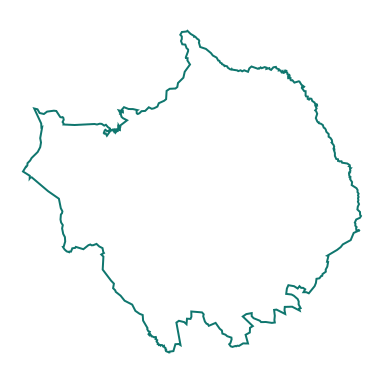 Pivijay, Magdalena, Colombia (Albers equal-area conic projection)
{"feature_id": "7082276B47489948463492", "entity_name": "Pivijay", "entity_type": "district", "adm_level": 2, "iso_a3": "COL", "parent_name": "Colombia", "parent_adm1": "Magdalena", "projection": "albers", "projection_center": [-74.384, 10.44], "detail": "fine", "context": "isolated", "style": "outline", "palette": "teal", "viewbox_px": 384, "rotation_deg": 0, "n_neighbors": 0, "source": "geoboundaries", "source_scale": "gbopen_adm2", "svg_char_len": 5947}
<svg xmlns="http://www.w3.org/2000/svg" viewBox="0 0 384 384"><path d="M169.3,353.2L169.6,351.6L173.4,351.1L175.4,344.2L178.7,344.0L180.5,345.1L176.4,322.6L178.9,320.8L184.2,322.1L186.5,324.2L187.0,318.7L190.5,318.9L191.4,316.8L191.3,311.5L202.0,312.4L203.7,314.3L203.2,316.2L204.9,321.6L206.6,323.8L207.7,324.0L208.8,325.8L215.6,322.9L219.7,328.7L221.9,330.5L222.4,333.6L225.5,334.7L227.2,336.2L231.4,337.6L231.6,339.3L230.5,342.9L229.2,344.2L230.7,346.3L232.5,346.9L235.4,346.0L236.1,346.3L237.3,345.7L239.0,345.9L243.1,343.4L248.0,343.5L245.6,334.8L249.8,332.5L250.0,327.8L252.8,326.1L242.8,316.5L246.3,314.1L251.7,313.1L251.7,316.2L253.6,318.2L259.8,320.7L261.1,322.1L265.9,322.0L271.9,322.9L274.8,322.5L274.4,320.0L274.8,315.8L274.1,309.9L276.5,309.6L285.2,314.0L284.5,310.0L284.8,306.9L292.1,306.7L299.7,310.6L299.1,308.6L300.6,308.1L298.6,304.4L298.7,301.5L297.7,299.1L293.8,295.7L291.5,294.5L286.2,293.9L286.9,288.5L288.4,285.2L294.1,286.2L297.7,288.5L299.5,286.2L301.2,287.9L303.1,287.9L305.2,289.3L303.5,292.2L306.3,292.2L308.8,293.3L314.6,286.2L315.9,283.0L316.5,278.8L319.4,278.3L321.2,276.0L322.2,275.8L322.5,274.1L325.8,271.7L325.7,269.6L327.3,266.6L328.1,262.0L327.0,261.8L328.4,256.1L327.3,255.7L337.1,249.9L340.7,247.1L342.8,244.4L350.7,240.1L353.7,232.9L358.9,230.6L359.8,231.0L358.7,230.0L357.4,230.4L356.3,230.0L356.1,227.9L356.6,227.1L355.3,225.7L355.4,223.5L354.8,222.7L356.2,219.5L359.9,217.8L361.0,216.0L360.1,214.9L360.0,212.0L357.4,209.5L357.8,206.6L359.0,204.1L357.9,201.7L358.4,200.2L358.0,198.1L358.6,197.0L358.0,195.4L358.6,193.7L357.5,192.1L357.6,190.1L356.5,188.2L351.7,185.1L352.1,182.1L350.2,179.3L350.4,178.1L349.7,177.5L350.3,176.8L349.3,175.9L349.0,173.1L349.9,172.6L349.5,172.0L350.4,170.9L350.0,169.1L350.8,168.2L350.1,168.1L349.8,166.6L349.3,166.4L349.9,166.0L349.7,165.1L347.3,163.5L342.1,162.7L341.5,161.3L339.3,161.4L338.6,160.7L338.1,160.8L338.0,159.3L336.3,159.0L334.9,155.9L334.9,153.0L333.9,150.1L334.4,149.8L334.2,148.7L333.6,148.5L334.2,146.7L333.6,145.0L331.6,142.6L332.2,142.2L331.8,139.9L330.5,138.0L328.6,136.7L328.7,134.1L326.3,131.7L325.9,130.0L325.1,128.5L323.7,127.6L322.8,125.0L320.8,123.7L318.9,123.2L318.7,122.2L317.9,122.2L317.3,121.5L315.8,118.1L317.2,113.8L316.1,111.1L315.2,110.4L316.6,108.5L315.4,105.7L317.1,105.7L317.0,104.5L315.0,103.6L314.5,102.5L312.3,101.0L311.4,98.8L309.8,98.5L309.0,99.6L307.7,98.9L307.8,96.6L306.1,96.4L305.6,95.5L305.6,91.2L304.2,91.1L301.8,87.9L302.1,86.8L303.6,87.2L304.1,86.7L301.4,84.7L299.5,81.6L298.8,81.3L294.4,82.6L292.4,80.2L291.2,80.4L290.5,79.8L290.5,78.1L288.2,78.2L288.1,76.3L288.7,76.0L289.6,76.7L289.6,75.4L289.2,74.7L287.5,74.3L287.2,72.5L285.9,72.2L286.3,70.8L285.2,70.5L284.0,72.8L283.3,72.9L282.7,71.1L281.5,72.2L280.5,70.4L278.7,70.5L278.9,69.3L276.4,68.3L275.9,66.9L273.4,67.3L271.1,69.9L269.7,69.2L269.3,68.1L266.4,68.9L266.6,67.7L264.7,67.1L261.7,68.2L260.6,67.4L259.5,68.5L258.9,68.2L258.0,68.8L251.5,66.5L249.3,68.4L248.0,71.8L244.2,70.3L242.2,71.3L240.6,70.3L238.2,71.1L237.3,70.4L232.1,69.6L231.8,69.1L231.5,69.6L230.2,69.3L227.8,67.7L227.2,66.4L225.2,65.8L224.5,66.1L223.7,64.9L222.0,64.2L221.8,63.4L220.1,62.5L219.4,60.8L218.2,60.5L216.6,57.6L212.8,55.5L211.0,53.1L205.9,48.9L200.2,47.0L198.9,42.6L199.3,40.9L198.5,39.5L197.4,39.0L195.3,36.7L194.1,36.8L194.0,35.9L190.6,33.9L187.4,30.8L186.6,31.5L181.9,32.0L180.3,34.8L181.8,36.4L181.8,39.1L181.0,41.0L182.3,44.3L185.3,44.6L186.6,48.2L188.1,49.5L188.1,51.2L185.8,57.4L185.9,58.0L187.6,58.2L187.4,60.4L190.0,64.5L184.7,71.8L183.4,77.7L178.0,83.0L177.3,87.0L175.5,88.5L169.7,88.8L166.6,90.9L166.1,99.2L164.1,100.8L158.8,103.2L157.4,106.6L154.0,108.3L151.8,108.8L148.8,107.3L145.2,110.9L141.5,111.2L139.5,113.2L137.8,114.0L136.8,113.4L136.6,111.8L136.6,110.6L137.4,110.1L133.1,109.1L128.6,109.0L124.0,107.2L120.8,110.9L118.8,110.4L119.8,112.2L121.1,112.2L122.2,110.7L122.8,110.8L122.9,112.2L122.2,111.9L120.1,114.0L121.0,114.8L121.5,116.8L123.0,118.2L127.1,120.3L120.0,125.7L119.9,130.1L119.5,130.0L119.8,127.6L118.6,125.5L118.6,127.6L119.6,127.6L119.0,128.2L118.2,127.2L118.2,128.9L118.6,129.2L118.8,128.8L119.5,128.4L118.7,129.5L117.4,129.7L117.6,131.1L116.4,131.3L116.3,130.3L116.6,129.6L117.7,129.1L115.7,129.4L116.1,131.9L115.6,132.5L115.4,131.7L115.8,131.1L114.8,130.9L114.2,131.8L113.4,130.2L114.0,129.4L115.3,129.2L112.9,129.6L113.2,129.0L112.5,129.9L111.0,130.1L112.5,130.6L110.6,130.5L106.9,135.7L105.7,133.4L104.4,133.7L103.8,133.0L104.7,130.5L105.4,129.8L106.9,131.0L108.3,131.1L110.2,129.2L110.1,128.6L107.9,127.1L105.9,124.8L104.2,125.6L101.7,123.9L99.8,123.7L97.0,124.5L94.5,124.0L74.6,125.0L63.5,124.5L63.7,123.8L62.6,122.0L63.7,119.8L63.3,117.8L62.6,117.1L61.2,117.4L60.2,117.0L56.3,111.0L53.9,110.7L47.1,111.6L43.9,114.0L39.6,113.0L37.5,109.3L34.2,108.5L41.2,123.5L41.4,127.4L42.2,127.0L40.2,138.2L41.0,142.5L40.2,147.2L37.7,152.0L31.6,158.0L30.1,160.6L27.5,163.2L27.3,165.5L26.2,166.9L25.9,166.7L23.0,171.5L29.8,175.8L29.7,178.4L30.3,177.6L31.7,177.3L48.1,191.2L58.9,198.7L60.8,208.2L62.4,211.3L62.0,213.2L60.9,214.5L60.5,219.5L61.1,222.5L62.8,225.1L62.1,228.4L63.2,233.9L64.9,237.1L65.2,241.5L63.7,246.6L62.9,246.9L64.6,249.5L66.7,251.4L69.2,252.2L69.4,251.6L71.0,251.6L72.3,248.3L75.1,247.9L75.8,246.9L83.4,249.2L88.4,245.2L90.3,244.5L91.6,245.3L93.2,245.2L96.5,243.9L99.3,246.5L102.5,248.1L103.3,252.1L103.9,253.0L101.3,254.5L103.4,256.6L102.7,269.6L111.1,280.7L113.9,283.6L113.1,288.2L115.3,290.4L115.7,291.8L120.6,295.7L124.6,300.7L132.2,304.6L135.4,310.9L139.6,313.8L142.7,315.0L143.1,320.6L147.5,328.1L147.2,329.0L148.1,330.9L149.8,331.8L148.5,334.2L149.4,335.2L150.0,334.2L150.5,334.9L150.5,334.5L151.4,335.8L153.8,337.2L155.8,337.0L156.1,338.2L155.5,339.0L157.2,340.2L156.6,341.6L157.8,342.9L157.7,344.1L158.8,344.3L158.9,345.1L160.1,345.0L160.5,345.5L160.9,345.0L162.3,345.2L163.0,346.3L164.0,345.8L164.3,347.3L165.4,347.9L165.4,348.9L166.1,349.4L165.7,350.4L166.1,351.2L169.1,352.4L169.3,353.2Z" fill="none" stroke="#0f766e" stroke-width="2"/></svg>